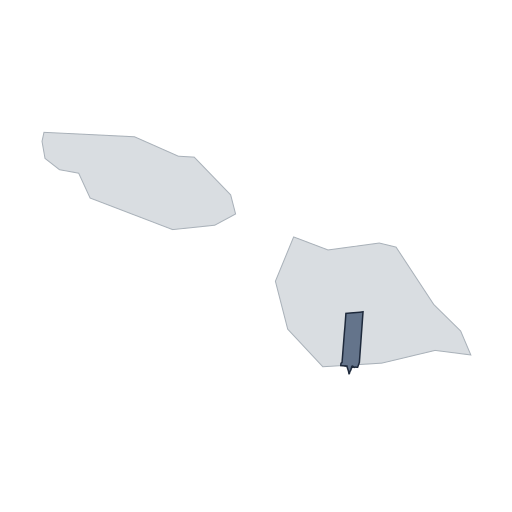 Gagaifomauga II, Gaga'ifomauga, Samoa (highlighted), rotated 183°
{"feature_id": "51752279B51367049300585", "entity_name": "Gagaifomauga II", "entity_type": "district", "adm_level": 2, "iso_a3": "WSM", "parent_name": "Samoa", "parent_adm1": "Gaga'ifomauga", "projection": "robinson", "projection_center": [-172.418, -13.533], "detail": "fine", "context": "in_parent", "style": "filled", "palette": "slate", "viewbox_px": 512, "rotation_deg": 183, "n_neighbors": 0, "source": "geoboundaries", "source_scale": "gbopen_adm2", "svg_char_len": 1610}
<svg xmlns="http://www.w3.org/2000/svg" viewBox="0 0 512 512"><g transform="rotate(183 256 256)"><path d="M183.5,148.9L220.5,184.6L235.3,231.8L219.4,277.0L184.4,265.8L133.6,275.4L116.6,272.2L75.9,216.8L47.7,191.8L36.3,168.4L72.3,171.1L124.8,155.6L183.5,148.9ZM474.2,368.4L383.6,368.7L338.8,351.6L322.9,351.5L284.5,315.7L278.6,296.9L298.8,284.6L340.7,278.0L424.7,305.2L437.4,329.4L456.8,331.9L471.8,342.4L475.7,359.3L474.2,368.4Z" fill="#d9dde1" stroke="#a8b0b8" stroke-width="1"/><path d="M163.5,189.6L163.7,184.8L164.0,173.4L164.5,154.3L164.7,154.0L165.1,153.8L165.2,153.7L165.3,153.5L165.6,152.8L165.6,152.1L165.6,151.0L162.8,150.9L162.3,150.9L161.2,151.0L161.2,150.7L159.9,150.7L159.8,150.9L159.4,150.9L159.3,150.2L157.6,145.8L157.0,143.3L156.8,143.3L156.7,143.5L156.5,143.8L156.5,144.1L156.5,144.5L156.4,144.7L156.3,144.9L156.2,145.1L156.1,145.5L156.0,145.9L155.9,146.1L155.6,146.5L155.5,146.9L155.4,147.1L155.2,147.6L155.1,147.9L155.1,148.6L155.0,148.8L155.0,149.0L154.9,149.2L154.6,149.4L154.4,149.5L154.1,149.7L153.9,149.8L153.3,150.1L153.2,150.1L153.2,150.3L153.3,150.3L153.4,150.2L153.8,150.1L154.1,150.0L154.6,149.9L154.6,150.0L154.7,150.3L154.5,150.7L154.3,150.8L154.2,150.8L154.2,151.0L153.8,151.1L153.7,151.0L153.5,150.9L153.4,150.9L153.1,150.7L152.9,150.5L152.9,150.4L152.7,150.3L152.6,150.2L152.3,150.0L152.2,150.1L151.8,150.1L151.7,150.0L151.4,150.2L151.2,150.2L150.7,150.3L150.5,150.2L149.8,150.2L149.4,150.2L148.7,150.2L147.2,155.1L146.2,205.9L149.1,205.3L152.1,204.9L155.1,204.5L157.5,204.2L161.6,203.6L163.2,203.4L163.5,189.6Z" fill="#64748b" stroke="#1e293b" stroke-width="1.5"/></g></svg>